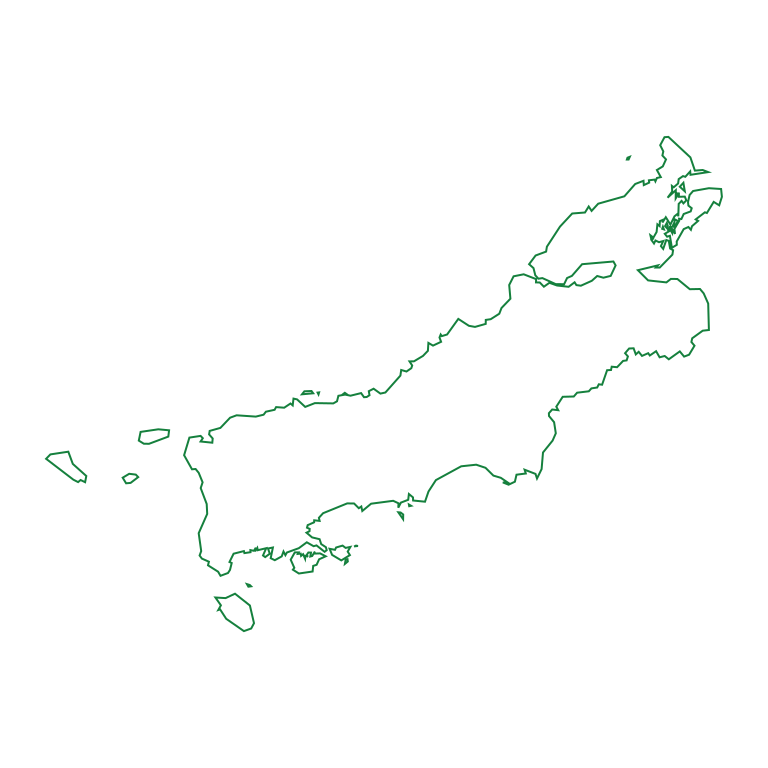 outline of Rote Ndao, Nusa Tenggara Timur, Indonesia
{"feature_id": "22746128B61006797400672", "entity_name": "Rote Ndao", "entity_type": "district", "adm_level": 2, "iso_a3": "IDN", "parent_name": "Indonesia", "parent_adm1": "Nusa Tenggara Timur", "projection": "mercator", "projection_center": [123.168, -10.719], "detail": "fine", "context": "isolated", "style": "outline", "palette": "green", "viewbox_px": 768, "rotation_deg": 0, "n_neighbors": 0, "source": "geoboundaries", "source_scale": "gbopen_adm2", "svg_char_len": 6139}
<svg xmlns="http://www.w3.org/2000/svg" viewBox="0 0 768 768"><path d="M668.4,136.9L664.5,137.2L660.2,145.2L663.3,151.4L662.4,155.5L666.0,159.4L662.8,166.4L656.9,170.0L660.8,177.1L656.9,178.0L655.4,181.4L654.6,179.6L648.9,180.3L649.2,182.6L643.8,185.1L643.5,180.8L635.2,184.0L624.4,196.3L598.2,203.7L591.6,210.9L588.7,206.5L585.0,212.5L572.2,213.5L560.0,226.6L546.9,246.7L546.1,251.6L535.6,255.5L529.1,264.2L533.5,268.1L535.3,275.3L538.4,278.7L542.4,278.1L555.7,284.1L564.1,284.2L567.1,278.0L571.9,275.9L582.1,264.2L613.4,261.5L615.6,265.4L610.7,275.9L603.4,277.7L597.2,276.0L591.8,280.8L580.9,285.7L576.4,285.1L574.6,282.3L568.6,286.8L557.0,285.5L549.4,282.8L543.9,286.7L539.8,282.5L536.0,282.4L536.1,279.1L523.7,274.3L513.6,276.3L509.2,285.0L510.4,298.7L501.5,308.0L499.3,313.7L490.7,319.2L485.8,319.9L485.7,323.9L475.0,326.9L468.9,325.8L458.3,318.9L447.1,334.5L441.8,336.1L440.7,334.5L439.5,337.5L441.1,341.8L433.0,345.6L428.4,342.9L427.9,350.8L423.0,355.9L414.0,361.3L409.5,361.4L412.2,365.5L411.3,368.2L406.5,371.5L401.2,370.0L400.4,375.6L385.4,392.5L380.4,393.6L373.6,388.7L368.8,391.2L369.5,395.2L366.7,397.0L364.0,397.2L361.1,393.1L350.5,395.7L345.1,394.6L338.4,395.8L337.0,401.3L333.3,403.4L314.9,403.1L305.2,406.9L297.1,399.4L293.5,398.6L292.7,405.4L290.5,403.5L284.2,407.7L276.1,407.1L274.6,409.8L265.9,411.7L263.6,414.7L255.8,416.6L236.6,415.3L230.1,417.7L220.4,427.9L209.7,430.9L209.1,434.4L212.7,438.5L212.3,442.7L200.6,441.5L202.8,438.2L200.6,435.9L189.4,437.6L184.1,455.2L192.0,469.3L195.6,469.0L198.7,472.8L202.6,482.3L200.7,488.1L206.7,504.0L207.2,513.9L198.7,533.2L201.2,551.1L199.6,555.5L201.9,558.6L208.9,561.7L208.0,565.3L218.1,571.7L220.5,575.8L228.0,573.0L230.0,569.9L231.7,563.0L229.5,562.0L233.6,553.7L243.9,551.1L244.4,553.1L250.5,552.2L250.4,550.1L253.9,550.8L255.8,547.7L255.1,551.4L257.3,547.9L257.8,550.2L266.2,548.2L263.0,555.5L265.2,557.1L269.8,553.7L268.0,548.5L272.9,547.5L270.7,558.2L274.8,560.2L281.7,556.4L283.5,551.5L285.4,555.2L286.9,552.5L298.8,548.2L306.8,542.3L313.6,546.2L316.5,545.4L324.6,551.8L326.7,550.2L325.9,547.2L321.2,544.1L319.6,539.2L312.1,537.4L306.5,532.7L309.5,531.2L309.7,528.9L307.0,527.7L307.7,525.1L314.1,522.3L314.2,520.3L319.6,520.9L318.9,517.8L323.1,513.2L347.2,503.4L354.1,503.5L358.8,508.2L361.3,506.5L362.3,511.0L371.1,503.7L393.2,500.8L398.5,503.3L398.3,507.7L400.9,502.6L408.2,499.8L408.9,494.0L413.0,497.4L413.1,500.5L425.0,501.7L428.5,491.5L435.9,480.1L461.2,466.3L476.2,464.7L485.5,467.8L493.4,475.6L500.8,477.8L508.0,482.7L502.8,482.4L508.6,484.7L514.9,481.7L516.5,474.7L525.8,473.5L524.6,469.7L535.5,473.9L537.0,478.5L541.6,469.1L543.0,452.5L552.6,440.6L555.8,433.3L554.1,422.2L549.0,416.0L548.9,413.2L552.2,409.5L558.2,410.2L556.3,406.7L562.7,396.8L573.8,396.5L577.1,392.7L588.8,391.3L591.4,388.4L597.2,387.5L598.8,384.3L602.1,384.7L607.1,370.2L611.0,370.0L611.7,366.7L617.1,367.2L623.1,360.9L626.6,360.4L627.9,356.4L625.1,353.2L629.1,348.5L633.6,348.3L635.8,354.4L638.7,351.8L642.0,355.9L648.2,353.2L649.8,355.5L656.1,351.2L659.6,357.3L664.7,356.0L668.8,359.3L679.8,351.4L684.1,356.6L689.1,354.7L694.5,345.7L691.4,342.0L692.2,338.3L702.7,330.7L708.9,330.0L708.2,303.6L703.7,293.4L700.0,289.0L689.8,289.2L677.4,279.0L670.9,278.9L666.4,282.4L648.1,280.4L637.9,270.2L657.8,265.4L655.9,267.5L659.8,267.5L672.4,254.6L673.1,250.2L670.1,248.5L668.8,240.9L666.3,240.0L663.2,248.9L660.9,246.1L663.3,241.0L659.0,242.2L655.5,240.5L654.0,243.5L651.4,239.9L653.8,238.2L651.3,239.2L650.4,235.3L653.4,237.6L656.6,232.0L657.4,224.3L659.6,226.1L659.9,221.1L662.9,219.8L662.5,222.5L665.8,217.2L670.4,224.6L674.5,216.3L677.6,213.8L678.3,216.3L678.7,203.9L681.6,200.9L683.4,203.4L686.3,200.4L684.8,196.6L678.9,196.8L678.9,192.6L678.3,194.6L676.7,193.1L677.2,195.9L675.7,198.4L675.8,190.2L667.6,197.7L672.2,191.5L671.9,185.9L673.7,187.3L678.1,183.5L678.7,179.1L683.0,176.1L685.3,176.8L690.2,171.4L690.5,174.8L708.2,172.1L702.7,170.0L694.9,170.6L690.4,157.4L668.4,136.9ZM708.9,188.2L693.1,191.0L689.6,195.0L688.0,202.0L688.4,205.6L691.7,208.2L690.7,211.4L683.7,214.0L681.4,219.0L679.1,218.7L679.3,220.6L674.4,229.0L675.0,233.9L672.4,229.5L672.2,233.0L670.7,230.3L664.8,233.8L667.1,236.7L669.9,235.8L671.9,247.8L676.8,244.8L676.7,241.5L683.7,229.1L688.4,227.0L690.9,229.8L692.0,226.2L698.1,220.9L695.7,219.4L704.9,212.3L706.9,213.0L713.7,201.9L719.2,205.3L721.9,196.8L721.1,189.0L708.9,188.2ZM249.9,605.5L235.0,593.7L225.6,598.1L215.4,597.5L220.9,605.3L218.3,610.0L220.1,609.4L226.2,618.8L243.9,631.1L251.2,628.5L254.0,623.2L249.9,605.5ZM72.8,463.9L68.3,451.7L50.4,454.4L46.1,458.8L73.4,479.7L78.1,482.1L80.6,480.0L85.1,482.2L86.3,476.0L72.8,463.9ZM313.9,553.6L314.9,551.5L312.2,556.0L310.3,556.5L311.0,552.6L308.4,552.5L306.5,555.2L308.1,556.6L305.4,555.9L305.1,558.8L303.1,554.2L301.1,555.9L300.7,553.6L297.9,553.9L298.7,552.4L294.8,552.4L290.7,559.7L294.3,567.8L292.9,569.7L298.9,573.5L312.6,571.5L313.2,565.9L316.6,564.8L319.1,559.3L325.7,556.3L320.1,553.4L313.9,553.6ZM158.3,429.3L140.6,431.9L138.8,440.6L143.8,443.7L149.0,443.8L168.3,436.6L169.1,430.3L158.3,429.3ZM342.6,545.6L336.1,547.5L335.0,549.8L329.6,548.8L332.1,554.9L341.3,560.4L349.9,555.1L347.7,551.6L350.4,546.9L345.6,547.9L342.6,545.6ZM129.2,473.8L122.7,477.7L126.1,483.3L130.6,482.9L138.2,477.1L135.8,474.6L129.2,473.8ZM313.2,393.3L311.5,391.0L304.4,391.3L302.0,394.3L313.2,393.3ZM403.2,514.5L400.6,512.5L398.3,512.3L403.1,519.2L403.2,514.5ZM684.8,191.3L683.4,182.8L679.8,186.7L684.8,191.3ZM677.8,220.9L674.7,219.3L674.2,226.2L675.9,225.1L677.8,220.9ZM667.1,228.3L667.8,225.9L666.8,223.0L665.1,226.1L667.1,228.3ZM344.9,563.9L347.8,561.5L347.5,559.2L345.6,559.9L344.9,563.9ZM251.1,586.3L249.8,585.0L246.9,584.1L248.4,586.7L251.1,586.3ZM671.9,227.0L669.8,226.9L668.6,229.5L671.1,228.8L671.9,227.0ZM629.8,156.8L627.5,157.7L626.9,159.5L628.6,159.5L629.8,156.8ZM662.2,228.8L663.9,229.4L662.9,226.7L662.2,228.8ZM347.2,394.5L344.8,392.8L343.0,394.2L347.2,394.5ZM319.1,392.4L317.6,392.6L318.5,394.4L319.1,392.4ZM409.2,506.2L411.1,505.8L408.9,504.5L409.2,506.2ZM672.2,226.9L673.7,224.6L673.5,224.2L672.2,226.9ZM358.0,546.0L356.0,545.6L354.1,546.5L355.7,546.2L358.0,546.0Z" fill="none" stroke="#15803d" stroke-width="2"/></svg>